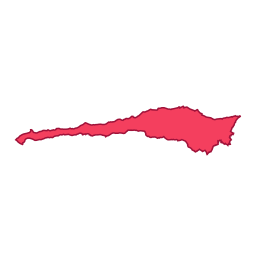 outline of Valea Mare Pravat, Arges, Romania, rotated 276°
{"feature_id": "2599482B14695579023436", "entity_name": "Valea Mare Pravat", "entity_type": "district", "adm_level": 2, "iso_a3": "ROU", "parent_name": "Romania", "parent_adm1": "Arges", "projection": "orthographic", "projection_center": [25.103, 45.372], "detail": "fine", "context": "isolated", "style": "filled", "palette": "rose", "viewbox_px": 256, "rotation_deg": 276, "n_neighbors": 0, "source": "geoboundaries", "source_scale": "gbopen_adm2", "svg_char_len": 5987}
<svg xmlns="http://www.w3.org/2000/svg" viewBox="0 0 256 256"><g transform="rotate(276 128 128)"><path d="M149.4,236.3L151.2,238.4L151.7,238.1L151.6,237.5L150.8,236.9L150.7,236.6L151.0,236.4L151.1,235.4L151.0,234.6L151.0,234.1L151.4,233.4L151.0,232.9L150.5,231.4L149.8,230.5L149.8,230.3L150.1,230.0L148.9,227.0L148.9,225.6L148.8,224.8L148.2,223.9L147.9,222.3L147.4,221.4L147.2,220.9L146.8,220.7L147.1,220.3L146.9,219.9L147.0,218.6L146.8,218.4L146.2,215.4L145.4,213.5L145.6,211.6L146.0,211.3L146.2,210.5L146.8,209.3L147.0,205.2L147.3,203.9L147.7,203.3L148.2,201.9L148.6,200.1L149.6,200.2L149.9,200.1L150.1,199.8L150.0,198.8L150.3,198.6L150.6,197.9L152.4,195.9L153.1,195.6L153.5,195.1L153.5,194.9L152.8,194.1L152.0,192.8L152.7,192.6L152.1,192.5L153.4,187.5L155.0,184.4L154.3,182.1L153.9,181.6L155.1,181.0L155.4,180.6L153.3,177.5L154.2,177.2L154.2,176.7L154.3,176.5L153.2,175.5L153.3,175.3L151.6,170.4L151.6,169.7L151.1,169.4L150.9,168.5L151.2,167.6L151.0,167.0L151.0,165.7L151.5,163.9L151.9,161.8L151.7,159.6L151.0,157.9L150.8,156.3L150.5,156.1L150.5,155.9L149.4,155.5L148.8,154.9L148.8,154.2L148.6,150.0L148.7,149.4L149.0,148.8L148.9,148.4L147.0,145.8L146.5,144.5L146.1,144.1L145.6,142.9L145.7,142.1L145.5,141.1L141.4,137.6L140.6,136.3L139.8,135.6L139.0,134.2L138.9,134.0L139.2,133.3L139.0,133.0L139.2,132.3L140.1,131.7L140.0,130.5L137.9,128.6L137.3,127.2L137.3,125.1L136.6,124.4L136.6,124.1L136.2,123.8L135.9,122.7L135.1,122.3L135.1,121.1L135.9,119.2L135.5,117.1L134.3,115.4L133.5,114.7L132.7,113.2L132.5,112.0L132.2,111.5L132.3,110.2L131.8,109.1L131.7,108.8L131.9,108.3L131.8,108.1L129.8,105.9L129.1,104.5L128.8,102.4L128.9,100.5L128.7,98.9L128.2,97.1L128.0,95.6L127.6,94.4L127.7,93.2L127.1,91.8L127.3,89.9L127.5,89.7L127.6,88.5L128.0,87.7L128.6,85.7L128.7,84.9L126.7,82.9L125.4,80.5L123.9,79.0L123.0,77.7L122.7,77.1L122.3,75.6L121.5,74.3L121.4,73.6L121.6,72.7L121.3,71.9L121.3,71.4L121.7,70.7L121.7,70.3L120.9,69.0L120.6,68.0L120.3,66.5L120.2,65.1L120.0,64.0L120.1,63.1L119.9,61.6L119.9,60.8L120.4,59.5L120.1,57.7L119.9,56.8L119.0,56.5L118.3,55.4L118.2,54.6L118.4,54.1L118.1,53.3L117.8,52.9L117.8,52.4L117.3,51.4L117.1,50.7L117.2,50.0L117.6,49.3L117.8,48.6L116.9,47.8L116.9,46.7L116.8,46.0L116.9,45.3L116.7,43.8L115.8,42.5L115.3,41.1L115.2,40.5L113.7,38.1L113.4,36.9L113.6,36.1L113.7,34.7L113.8,34.4L114.9,33.7L115.9,32.7L116.2,31.9L116.1,31.4L115.0,31.7L113.2,30.6L112.9,29.9L112.8,29.4L112.1,28.0L112.0,27.5L111.0,24.6L110.1,23.1L109.3,22.2L109.2,21.8L108.7,21.3L106.6,19.8L106.5,19.4L106.1,18.8L104.5,17.6L103.8,18.9L102.5,20.3L101.4,22.3L101.2,22.7L101.0,24.0L100.7,24.3L100.6,24.8L100.9,25.0L102.4,25.0L102.6,25.5L103.2,26.2L104.2,26.7L105.4,26.8L106.2,27.3L107.4,29.1L107.6,31.2L107.0,34.3L106.0,36.8L106.2,38.1L107.3,41.2L107.3,42.4L107.4,43.0L108.3,44.6L108.4,45.2L109.7,47.2L109.8,48.3L110.2,48.6L110.3,50.1L110.1,50.8L110.6,52.0L110.6,54.0L110.9,54.4L112.0,55.6L112.7,57.6L112.9,59.3L113.2,59.9L113.8,60.4L114.3,61.5L114.3,62.1L114.2,63.0L114.9,64.3L115.0,64.8L114.6,65.7L115.5,69.6L115.1,70.8L114.7,73.1L115.6,75.3L115.8,77.2L116.5,78.0L116.9,79.2L117.4,79.7L117.9,80.9L117.7,82.5L117.2,83.2L116.7,83.3L116.5,83.7L116.7,83.8L116.9,84.3L117.1,84.3L117.2,84.8L117.6,86.5L117.3,86.7L117.7,86.9L117.7,87.5L118.1,88.4L118.1,89.2L117.4,90.7L117.3,90.9L117.1,90.7L116.9,91.4L116.7,91.5L116.5,91.9L116.6,92.3L116.5,92.5L116.4,93.2L116.4,93.6L117.2,94.7L117.3,95.3L117.7,96.1L118.1,99.0L118.6,101.1L118.4,102.8L118.2,103.2L118.0,105.9L117.8,106.4L117.1,106.5L116.9,106.7L117.9,107.7L118.1,108.6L118.5,109.5L120.9,112.4L121.5,113.7L121.6,115.0L121.4,116.0L121.6,117.1L121.6,117.4L121.7,118.3L122.0,119.5L122.3,120.0L122.3,122.6L122.1,124.1L122.4,125.2L123.0,125.9L124.4,126.9L125.0,127.7L125.6,127.9L125.6,128.2L126.0,129.0L125.9,130.3L126.2,131.1L126.0,131.4L126.2,132.0L126.2,133.1L126.4,133.5L126.6,135.1L126.4,135.7L126.6,136.6L126.1,138.1L126.0,138.8L126.5,140.1L126.6,140.6L126.6,142.5L126.5,143.4L126.6,143.9L126.5,144.8L126.3,145.2L125.4,145.5L124.6,146.2L123.1,146.4L122.6,146.9L121.7,148.2L121.7,148.8L121.9,149.3L121.9,149.6L121.4,150.1L121.1,150.8L121.0,151.4L121.0,151.9L121.6,153.3L121.7,154.7L121.9,155.6L121.7,156.7L120.9,158.4L121.3,159.0L121.3,159.8L121.6,159.7L121.7,159.9L121.7,160.6L122.1,161.2L121.9,161.7L122.3,163.4L122.6,163.7L122.8,164.1L123.2,164.3L123.2,164.5L122.1,165.6L120.8,167.9L120.5,168.7L120.5,169.7L120.9,171.9L121.1,172.3L121.0,172.7L121.0,173.4L121.4,174.1L121.2,174.8L121.1,175.9L121.6,177.7L121.1,178.6L120.7,178.8L121.0,179.1L120.7,179.7L121.5,182.0L121.9,182.3L122.1,182.8L120.9,186.6L118.2,189.0L117.8,189.2L117.5,189.0L115.7,189.7L115.4,190.1L114.8,192.2L113.5,193.8L112.8,194.2L112.8,194.3L112.9,194.5L112.3,195.5L112.4,196.2L111.6,196.8L111.7,197.2L111.3,197.8L112.2,198.7L112.3,199.3L112.7,199.5L113.8,200.9L114.3,201.2L113.4,203.0L112.7,204.2L112.9,204.2L112.8,205.2L113.0,205.5L113.9,206.9L113.1,207.7L112.2,208.4L110.4,209.2L110.9,209.5L110.7,209.7L111.0,209.7L111.5,210.6L112.4,211.1L112.3,211.3L112.4,211.6L113.0,212.2L112.9,212.5L113.0,212.9L115.4,213.9L116.2,214.1L116.7,214.0L117.2,214.4L118.3,214.5L119.1,214.9L119.1,215.4L119.6,216.0L119.8,216.1L120.0,216.7L120.2,216.8L120.3,217.3L120.1,217.3L120.2,217.5L120.6,217.9L120.6,218.2L121.2,219.3L122.5,219.0L122.8,219.5L123.4,219.3L124.0,218.8L124.6,218.8L124.3,219.7L125.3,220.3L125.2,221.1L125.5,221.6L123.3,222.0L123.2,222.8L124.0,222.9L123.1,223.9L122.0,225.5L122.8,226.3L122.2,226.8L122.1,227.6L121.8,228.4L121.2,229.1L122.0,229.2L122.3,230.5L122.4,230.3L122.9,230.2L123.2,230.0L123.3,230.3L123.1,231.1L124.6,230.5L125.5,230.7L126.3,231.3L126.4,231.2L126.9,231.6L127.1,231.9L128.6,230.8L128.4,230.7L128.7,230.3L129.3,229.9L130.4,230.1L130.8,230.2L130.9,231.1L131.2,231.3L132.0,231.3L132.3,231.6L132.5,232.6L132.4,233.1L133.4,233.6L133.9,233.5L133.8,233.0L135.4,230.3L137.2,231.1L138.6,231.2L139.3,231.9L139.6,231.7L140.6,232.6L141.5,232.7L141.7,233.1L144.2,233.6L145.2,234.4L145.8,234.3L146.8,234.6L149.4,236.3Z" fill="#f43f5e" stroke="#9f1239" stroke-width="1.5"/></g></svg>